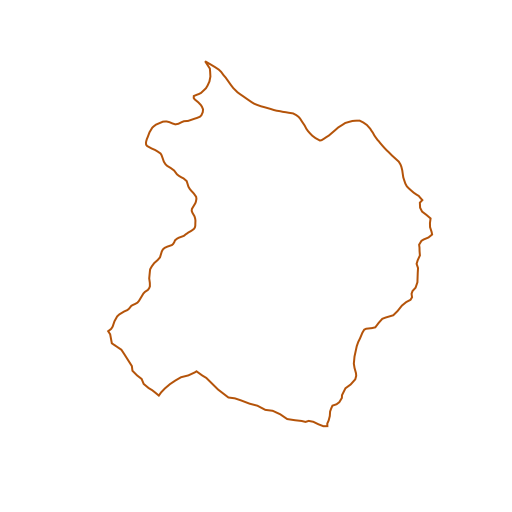 the district of Tsirangtoe, Chirang, Bhutan, rotated 121°
{"feature_id": "84629894B69953247245699", "entity_name": "Tsirangtoe", "entity_type": "district", "adm_level": 2, "iso_a3": "BTN", "parent_name": "Bhutan", "parent_adm1": "Chirang", "projection": "robinson", "projection_center": [90.098, 27.057], "detail": "fine", "context": "isolated", "style": "outline", "palette": "amber", "viewbox_px": 512, "rotation_deg": 121, "n_neighbors": 0, "source": "geoboundaries", "source_scale": "gbopen_adm2", "svg_char_len": 3888}
<svg xmlns="http://www.w3.org/2000/svg" viewBox="0 0 512 512"><g transform="rotate(121 256 256)"><path d="M396.6,344.0L398.2,340.7L405.1,334.6L405.7,323.1L408.0,318.3L411.3,311.7L414.3,305.7L418.0,302.8L419.6,296.5L420.3,290.7L423.5,286.4L424.5,280.1L424.5,275.9L425.0,271.9L425.7,267.4L421.8,267.1L416.5,265.9L410.0,263.7L404.1,260.9L398.5,257.8L393.2,252.5L387.3,248.5L385.5,247.6L386.1,240.6L386.1,235.8L390.0,219.8L391.5,206.8L388.9,200.8L387.5,194.5L385.9,185.5L383.6,177.7L383.1,168.8L380.1,162.0L379.2,153.7L379.5,148.8L379.7,145.3L376.7,138.0L373.9,131.9L372.7,128.1L370.2,125.9L368.6,121.5L368.1,115.9L367.2,110.6L365.1,107.2L362.9,108.6L359.6,109.0L355.2,110.3L351.1,112.4L348.1,113.0L344.9,113.4L341.6,110.6L338.4,109.3L333.4,109.3L331.0,110.6L323.3,111.2L317.4,108.7L310.6,107.4L307.1,108.4L305.0,109.9L301.2,113.9L297.9,116.7L291.4,119.8L281.4,123.2L277.0,124.1L273.1,124.4L266.9,125.3L263.4,125.3L261.6,124.1L258.1,119.5L255.7,117.0L250.1,116.4L244.8,115.4L242.0,113.2L236.1,107.8L230.2,106.3L223.4,105.4L218.1,103.5L214.0,101.0L211.0,101.0L208.3,103.2L205.4,103.8L201.0,102.9L195.4,104.1L190.9,106.6L187.1,108.7L182.9,110.9L180.0,114.3L176.4,115.2L171.1,115.8L167.6,118.3L164.6,120.2L162.3,122.0L157.8,122.0L155.5,120.8L151.3,117.7L146.9,116.1L145.1,117.7L141.6,121.7L138.1,123.9L133.9,125.7L133.0,131.0L132.4,136.5L130.1,140.2L125.9,143.0L122.4,142.2L121.4,145.5L120.7,147.4L120.7,150.1L120.5,153.5L119.9,156.9L119.3,160.0L118.6,162.6L117.0,165.3L114.8,167.9L112.7,170.3L109.9,172.6L107.2,174.8L104.7,177.3L103.2,179.2L101.6,182.2L100.8,186.2L99.8,191.3L98.6,195.9L98.1,198.4L97.3,201.3L96.4,204.2L95.7,206.3L95.1,208.1L94.4,209.8L94.0,211.4L92.7,214.5L91.7,216.7L90.1,219.4L89.1,221.7L88.1,223.6L86.6,228.4L86.3,232.8L86.6,236.9L88.8,240.4L90.6,242.9L93.0,245.2L96.0,248.0L98.9,249.4L103.4,251.7L107.5,253.0L112.3,254.6L115.3,255.6L117.8,256.9L120.6,258.2L122.9,259.4L124.1,260.7L124.2,263.3L124.3,265.8L123.9,269.7L123.0,273.1L122.1,275.9L121.0,278.4L119.1,281.5L116.9,286.2L115.5,289.0L114.8,291.2L114.5,294.0L114.7,297.7L116.4,301.8L117.4,304.5L118.6,307.2L119.5,310.0L120.9,313.3L121.7,316.0L122.4,319.1L124.1,325.4L125.1,328.8L125.9,332.8L126.4,335.9L126.4,338.7L126.2,342.0L126.0,345.1L125.7,349.3L125.5,353.0L125.2,356.2L123.8,361.9L122.3,365.7L118.7,373.9L117.7,377.0L116.1,380.8L115.4,383.9L115.2,388.5L115.2,393.7L115.3,399.9L119.1,392.1L121.7,390.2L125.7,387.5L130.4,385.8L134.9,385.3L138.0,385.3L144.5,387.1L146.6,388.4L147.9,389.5L150.9,391.7L152.6,390.8L153.3,389.3L154.0,384.6L155.0,381.0L155.9,379.2L157.6,376.9L160.2,375.7L161.9,375.5L163.5,375.3L165.5,375.8L168.2,377.8L169.4,378.9L175.2,383.8L177.6,387.2L179.6,388.7L182.6,390.6L184.7,392.9L185.4,395.8L185.9,399.3L186.8,402.1L188.7,404.9L194.9,409.4L197.7,410.5L199.4,411.0L204.8,411.0L209.7,410.1L211.9,409.8L214.2,409.2L215.7,408.6L217.2,407.5L217.8,405.9L217.6,400.8L217.1,397.2L217.1,394.3L217.3,390.6L218.2,388.9L220.4,386.2L222.6,383.6L224.0,380.8L224.5,378.6L224.5,374.4L224.9,370.2L226.7,365.8L227.0,363.4L227.0,360.5L226.8,358.1L227.5,354.0L231.4,349.6L232.6,347.4L233.5,344.9L233.9,343.4L234.5,341.4L236.1,337.8L237.7,336.5L240.4,335.5L242.0,335.2L246.6,335.2L248.6,335.2L250.4,334.4L251.6,332.9L253.7,329.1L255.3,327.4L256.9,326.1L258.4,325.3L261.4,323.6L263.0,323.1L264.5,323.1L266.4,323.8L268.3,324.7L270.7,326.1L272.2,326.7L273.6,327.4L275.9,328.2L278.0,329.9L280.1,331.6L281.8,332.6L284.3,333.5L286.0,333.2L288.3,333.2L289.9,333.7L292.2,335.6L293.6,336.8L296.1,338.5L298.3,339.2L300.6,339.1L306.6,337.6L310.1,338.2L312.0,338.8L314.5,339.6L318.6,340.0L321.9,339.9L323.7,339.1L330.2,336.0L333.8,333.1L336.7,331.3L338.7,331.0L340.8,331.2L343.9,332.7L346.1,333.2L354.8,333.2L357.1,333.6L359.5,335.0L361.2,336.2L362.9,337.2L366.6,337.7L368.6,338.4L371.4,340.4L376.5,343.1L379.3,343.9L384.8,343.7L390.4,342.5L393.1,342.6L396.6,344.0Z" fill="none" stroke="#b45309" stroke-width="2"/></g></svg>